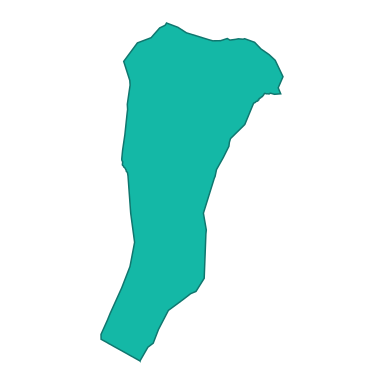 outline of Bayandalai, Ömnögovi, Mongolia
{"feature_id": "93677404B14940221514499", "entity_name": "Bayandalai", "entity_type": "district", "adm_level": 2, "iso_a3": "MNG", "parent_name": "Mongolia", "parent_adm1": "Ömnögovi", "projection": "albers", "projection_center": [103.4, 42.947], "detail": "fine", "context": "isolated", "style": "filled", "palette": "teal", "viewbox_px": 384, "rotation_deg": 0, "n_neighbors": 0, "source": "geoboundaries", "source_scale": "gbopen_adm2", "svg_char_len": 2264}
<svg xmlns="http://www.w3.org/2000/svg" viewBox="0 0 384 384"><path d="M254.6,42.3L244.6,38.7L243.1,39.2L238.4,38.8L235.8,39.3L229.9,40.1L227.3,38.5L220.5,40.7L212.7,40.8L208.8,39.7L186.4,32.8L177.9,27.3L166.5,23.0L165.4,25.0L163.9,25.9L159.7,27.9L151.1,37.7L148.5,38.7L137.4,42.9L123.7,61.4L129.8,80.5L130.1,85.1L127.3,104.3L127.6,109.5L127.1,113.5L124.9,134.5L122.6,150.2L121.8,158.5L121.8,159.5L121.8,159.9L121.9,160.2L122.0,160.5L122.1,160.8L122.3,161.1L122.4,161.3L122.5,161.6L122.7,161.8L122.7,162.0L122.6,162.3L122.6,162.6L122.6,162.9L122.6,163.1L122.5,163.6L122.4,164.0L122.4,164.3L122.4,164.7L122.4,164.9L122.5,165.2L122.7,165.3L122.9,165.5L123.2,165.8L123.4,166.0L123.5,166.4L123.6,166.7L123.7,166.9L123.9,167.1L124.1,167.3L124.4,167.5L124.7,167.7L124.9,168.0L125.1,168.3L125.4,168.8L125.5,169.1L125.7,169.4L125.9,169.6L126.0,169.9L126.1,170.1L126.1,170.3L126.2,170.8L126.3,171.3L126.5,171.6L126.8,171.9L127.1,172.1L127.4,172.3L128.0,175.9L130.7,213.2L134.6,242.3L130.0,266.5L121.7,287.9L110.2,313.3L107.3,320.4L101.0,334.4L101.1,339.3L106.8,342.4L109.1,343.8L110.7,344.6L114.0,346.5L118.0,348.7L126.1,353.2L130.7,355.8L139.9,360.9L140.0,361.0L140.0,360.9L147.9,347.2L153.2,343.2L158.5,329.4L168.4,310.4L183.4,299.3L190.6,293.7L196.0,291.4L204.2,278.3L205.9,233.9L206.3,230.0L203.4,213.2L214.3,178.2L215.1,176.4L216.5,169.6L223.3,157.5L228.9,146.3L229.4,142.2L230.5,138.6L244.0,125.3L244.8,124.5L253.6,103.2L253.9,103.1L254.4,102.8L254.8,102.7L255.3,102.3L255.6,102.0L256.0,101.7L256.3,101.4L256.5,101.3L257.1,101.2L257.5,101.1L257.8,100.9L257.9,100.6L258.0,100.3L258.0,100.2L258.4,100.1L258.6,100.0L258.8,99.9L258.9,99.7L259.0,99.5L259.0,99.0L259.2,98.6L259.4,98.4L259.6,98.3L260.0,98.2L260.4,98.0L261.1,97.4L261.3,97.0L261.5,96.8L261.8,96.7L262.2,96.7L263.0,95.7L263.3,95.3L263.5,95.1L263.6,94.8L263.7,94.7L263.8,94.6L264.0,94.3L264.3,93.7L264.5,93.5L264.8,93.4L265.0,93.4L265.3,93.5L265.7,93.6L266.0,93.7L266.3,93.8L266.9,93.8L267.2,93.8L267.5,93.8L267.8,93.8L268.1,93.8L268.5,93.9L268.9,93.9L269.2,93.9L269.5,93.8L269.6,93.7L269.9,93.4L270.1,93.3L270.2,93.2L270.3,93.2L270.5,93.2L270.8,93.3L271.3,93.4L274.4,94.3L280.7,93.8L278.2,87.8L283.0,76.7L275.2,60.3L269.2,54.7L261.0,49.0L254.6,42.3Z" fill="#14b8a6" stroke="#0f766e" stroke-width="1.5"/></svg>